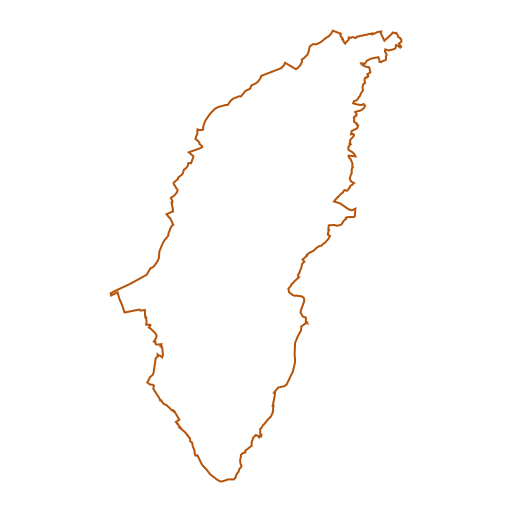 Martinis, Harghita, Romania
{"feature_id": "2599482B98292764563542", "entity_name": "Martinis", "entity_type": "district", "adm_level": 2, "iso_a3": "ROU", "parent_name": "Romania", "parent_adm1": "Harghita", "projection": "orthographic", "projection_center": [25.42, 46.235], "detail": "fine", "context": "isolated", "style": "outline", "palette": "amber", "viewbox_px": 512, "rotation_deg": 0, "n_neighbors": 0, "source": "geoboundaries", "source_scale": "gbopen_adm2", "svg_char_len": 5995}
<svg xmlns="http://www.w3.org/2000/svg" viewBox="0 0 512 512"><path d="M235.0,477.9L235.8,477.4L235.8,476.4L236.3,474.9L237.3,473.2L238.5,471.9L239.0,470.0L239.7,468.5L241.1,467.1L241.5,465.7L240.5,463.8L240.1,460.3L240.9,456.7L240.9,454.9L242.8,453.2L245.5,452.3L245.2,450.8L251.7,445.7L251.6,442.6L251.9,441.2L252.7,439.8L253.0,437.9L255.8,435.0L256.8,435.3L259.1,437.2L259.3,436.2L261.1,436.6L261.5,434.8L260.3,434.7L260.2,428.9L261.3,428.1L263.1,424.9L264.0,424.4L268.2,419.2L271.0,416.3L272.5,413.1L272.8,411.5L273.1,411.3L273.1,407.8L273.5,405.8L272.7,405.8L274.6,396.4L275.0,393.0L275.1,392.2L274.2,392.4L274.5,391.9L278.3,387.5L284.2,386.2L286.6,384.6L292.9,371.4L294.8,363.5L295.1,360.3L294.6,354.1L295.1,342.9L298.0,335.8L301.1,330.3L301.3,326.4L306.5,322.8L307.3,323.2L307.0,322.2L305.8,321.8L305.9,317.6L302.7,316.5L300.5,312.3L301.4,308.8L304.1,301.6L304.2,299.1L303.5,297.6L301.9,296.4L296.4,295.6L294.5,295.8L292.5,294.9L289.0,292.1L288.4,288.6L290.9,285.8L291.2,284.5L292.5,283.6L294.8,280.9L298.9,277.3L298.2,276.9L298.5,275.9L298.1,275.4L298.1,274.7L299.0,273.1L299.4,273.0L300.1,270.5L301.3,267.9L302.0,264.2L302.8,263.1L304.4,261.7L302.6,259.5L307.1,255.6L306.6,255.1L308.5,253.3L313.9,250.5L316.3,248.1L319.3,246.1L321.5,245.6L323.3,243.7L324.7,243.0L328.3,239.0L330.0,236.0L327.8,234.6L328.5,231.0L329.1,229.9L328.3,229.5L328.8,225.3L334.5,225.0L336.7,225.7L340.1,225.1L341.9,224.0L343.3,221.3L346.1,218.8L345.7,218.0L347.0,217.2L354.1,216.9L354.8,216.4L355.4,208.7L352.0,210.3L348.6,209.3L340.1,203.4L334.0,201.5L336.0,198.8L337.3,198.0L337.6,197.0L338.3,196.8L340.7,194.1L342.9,192.5L344.2,190.2L344.9,190.0L346.1,190.7L347.5,190.5L348.9,188.4L349.9,187.6L349.9,186.7L350.3,185.9L352.7,184.5L353.4,183.5L353.4,183.0L353.7,182.9L351.1,181.5L350.5,180.7L350.6,180.1L349.9,179.0L349.8,178.1L350.8,174.9L351.7,173.3L351.6,172.0L351.9,170.8L351.6,169.9L351.7,169.3L352.4,167.6L352.8,167.4L352.2,166.1L352.6,164.5L352.3,163.2L350.6,159.1L349.1,157.6L348.6,156.5L348.6,155.6L355.5,156.4L354.0,153.8L352.6,152.3L348.6,150.0L348.2,147.6L349.4,145.7L349.3,145.2L350.7,144.2L349.6,143.3L350.3,141.9L350.0,140.8L350.7,139.4L353.2,136.7L354.1,135.0L353.1,134.0L351.0,134.3L351.7,131.0L357.1,128.3L358.2,125.5L357.0,125.0L356.8,124.6L357.1,124.3L357.1,123.8L356.8,123.5L354.3,122.0L353.9,121.3L354.3,119.0L353.8,118.1L353.8,117.4L354.6,116.4L355.6,116.5L356.8,114.4L355.3,112.5L355.2,111.9L360.8,110.4L363.7,108.4L365.1,105.8L363.7,104.1L361.2,105.0L357.6,104.6L353.1,103.3L354.1,101.1L356.3,100.4L357.2,99.6L358.0,98.7L358.9,96.9L359.6,96.5L360.0,95.7L360.9,93.5L363.0,90.2L362.6,87.8L363.1,84.3L365.1,82.9L364.5,80.2L365.0,77.9L366.3,77.7L366.5,77.1L367.5,77.1L368.1,76.6L368.3,75.9L367.3,74.2L369.8,72.8L370.4,72.1L369.1,67.2L367.2,67.1L364.0,66.0L361.5,64.2L361.1,63.3L364.8,63.8L366.9,60.7L369.4,59.4L371.2,58.6L378.3,57.2L379.3,59.9L379.6,62.0L381.4,62.1L382.5,61.1L385.6,60.1L386.0,59.5L385.9,56.6L386.7,54.8L384.9,51.4L385.3,49.4L388.5,50.5L393.8,49.2L394.9,48.7L395.6,47.9L396.0,45.1L398.4,46.1L400.2,47.6L401.2,46.7L398.8,43.6L401.4,41.7L401.3,39.8L400.9,38.9L400.3,38.7L400.2,38.1L397.9,36.7L398.1,36.0L397.8,35.2L396.1,32.8L395.4,33.2L392.8,32.5L391.6,34.1L384.4,40.7L380.9,33.4L380.7,32.1L381.2,31.8L381.2,31.5L377.5,32.0L375.3,33.2L373.7,33.7L373.2,33.5L373.1,33.9L372.1,33.5L371.7,34.3L371.1,33.8L368.6,34.0L366.8,34.8L364.5,34.9L361.7,35.9L360.8,35.7L359.8,35.9L358.5,36.7L356.6,36.7L356.2,37.6L355.6,38.0L354.4,37.8L353.3,37.1L351.5,37.3L351.1,37.8L350.0,37.9L348.9,37.4L348.6,38.2L348.8,39.6L346.0,42.3L345.2,43.6L343.8,41.9L343.0,39.3L342.2,39.3L342.3,38.0L341.2,37.0L340.3,34.9L340.9,33.7L332.8,30.7L331.2,33.6L328.8,36.3L325.8,38.0L320.8,42.2L316.1,44.4L313.0,44.1L310.3,46.0L309.7,46.6L308.7,51.4L307.3,54.8L303.7,58.4L301.8,59.5L302.1,61.4L300.5,65.0L297.6,68.1L295.9,69.2L285.1,62.8L283.8,65.6L281.7,67.3L281.6,68.0L261.2,75.9L260.3,78.5L257.9,81.8L255.8,83.4L251.4,85.4L250.1,88.7L245.3,91.0L240.9,96.5L239.0,96.3L232.8,98.8L229.8,101.8L227.9,104.9L225.2,105.1L218.3,107.0L214.9,108.8L210.0,113.8L205.8,120.0L204.7,122.1L203.1,127.0L203.2,129.3L202.4,130.0L199.8,130.1L197.5,129.4L197.3,134.1L196.6,135.2L195.4,138.8L198.7,141.6L199.4,142.8L199.5,143.9L202.0,146.1L202.3,147.0L200.5,148.1L188.8,152.3L193.5,156.4L191.1,163.2L188.3,163.1L187.8,165.6L187.3,166.6L185.6,168.5L183.8,169.8L183.0,172.8L182.2,174.4L178.5,177.3L177.9,178.3L178.0,179.0L173.7,182.6L173.6,183.2L174.1,185.0L175.0,185.6L176.0,187.9L177.5,189.7L177.5,191.1L176.2,193.4L173.8,195.9L170.8,198.0L172.4,200.7L172.2,202.6L171.6,202.5L172.5,207.7L172.9,208.3L172.7,209.6L173.1,211.4L166.5,214.2L169.2,217.5L170.0,217.9L173.3,224.8L172.4,225.2L170.7,227.7L168.4,233.6L168.4,235.5L164.2,240.7L163.0,242.8L159.4,251.3L158.8,258.3L157.4,261.5L154.2,266.0L152.4,267.5L150.6,268.1L146.6,274.8L129.9,284.0L113.2,291.8L110.6,293.4L111.1,295.5L117.6,292.3L119.3,298.6L121.7,304.1L124.6,312.5L139.0,309.6L139.6,309.6L140.5,310.6L144.8,310.0L145.1,316.1L145.4,317.5L146.1,317.3L146.5,320.7L146.5,323.0L146.1,324.6L150.3,324.9L150.3,325.5L148.9,327.6L150.2,328.3L155.1,332.9L156.6,335.6L156.1,338.0L153.9,341.5L155.0,341.7L154.9,342.0L155.5,342.2L155.4,343.2L155.8,344.2L156.9,344.6L161.3,344.2L160.5,346.2L161.8,346.4L161.7,347.7L162.3,348.0L162.9,355.2L162.8,355.9L162.0,356.6L162.0,357.2L159.8,355.6L158.0,355.1L157.6,354.6L157.4,356.4L157.6,356.6L155.7,358.2L153.7,372.2L152.9,374.6L150.1,377.1L147.3,382.5L150.0,384.5L152.9,384.8L154.0,385.8L153.2,388.6L159.1,397.8L160.3,400.5L161.0,400.2L163.6,403.8L167.0,405.5L172.2,410.6L173.1,410.2L174.1,411.8L174.5,411.5L179.3,419.7L175.9,422.0L177.5,423.6L177.2,423.7L180.6,427.8L179.9,427.9L184.9,432.1L185.9,433.2L186.5,434.3L188.0,435.5L188.0,436.2L188.4,436.8L190.0,438.3L190.2,441.1L190.8,441.9L191.8,442.3L192.3,443.3L192.6,445.7L194.7,451.2L194.5,452.3L194.8,454.0L195.5,455.6L197.4,455.3L202.0,464.7L206.4,469.4L210.2,474.3L216.6,479.3L219.8,481.3L222.8,481.3L228.1,479.4L234.1,479.4L235.0,477.9Z" fill="none" stroke="#b45309" stroke-width="2"/></svg>